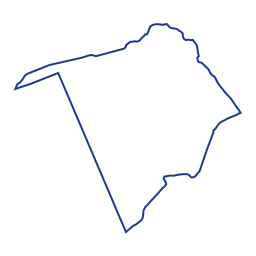 Serra Preta, Bahia, Brazil (Natural Earth projection)
{"feature_id": "56859067B53303266645960", "entity_name": "Serra Preta", "entity_type": "district", "adm_level": 2, "iso_a3": "BRA", "parent_name": "Brazil", "parent_adm1": "Bahia", "projection": "natural_earth1", "projection_center": [-39.348, -12.116], "detail": "fine", "context": "isolated", "style": "outline", "palette": "blue", "viewbox_px": 256, "rotation_deg": 0, "n_neighbors": 0, "source": "geoboundaries", "source_scale": "gbopen_adm2", "svg_char_len": 1761}
<svg xmlns="http://www.w3.org/2000/svg" viewBox="0 0 256 256"><path d="M240.6,112.8L238.7,109.6L237.4,108.2L235.2,105.0L232.7,101.3L231.6,99.7L230.3,97.9L229.0,96.5L227.1,94.7L225.5,92.9L223.9,90.9L222.2,88.6L220.3,86.4L218.5,83.9L217.1,81.6L215.7,78.7L214.4,76.6L212.7,75.7L210.9,73.9L209.5,71.4L208.3,69.1L206.4,67.3L203.8,64.8L201.8,62.8L198.7,62.1L197.6,59.9L197.4,57.7L198.8,56.0L198.2,53.5L197.8,51.3L197.5,48.5L196.6,45.1L195.0,42.7L192.6,39.8L190.9,40.2L188.4,39.6L186.2,40.1L183.9,38.9L182.8,36.5L182.7,33.4L180.7,31.5L178.7,30.6L177.2,29.1L174.8,28.6L172.4,28.3L169.9,27.4L168.4,25.8L166.7,24.0L163.8,24.6L161.9,24.8L159.5,24.3L156.0,24.2L152.7,24.9L150.2,26.6L149.0,29.6L148.1,32.2L147.0,34.3L145.0,34.5L143.8,36.2L141.5,38.1L139.5,40.7L137.2,41.6L134.4,41.3L132.1,41.8L130.3,41.9L128.7,43.1L126.2,45.0L125.6,47.2L124.1,48.6L95.9,56.2L94.1,55.7L91.9,55.0L89.9,55.2L82.1,57.6L49.5,65.0L30.2,72.7L27.6,73.7L24.9,75.6L23.1,78.6L21.4,80.8L20.0,82.5L18.2,83.5L17.0,84.9L16.2,87.0L15.4,88.9L30.2,84.0L58.2,73.0L61.4,80.5L76.6,116.2L92.9,154.4L94.0,156.9L95.2,160.0L100.8,173.0L115.3,207.1L116.4,209.8L126.0,232.0L133.4,225.6L135.6,224.7L137.3,223.4L139.0,222.1L140.7,220.7L142.5,218.3L143.1,215.6L143.3,213.1L143.5,210.4L145.3,207.1L155.2,196.4L159.0,192.2L162.6,188.0L164.7,186.5L166.2,184.0L165.3,181.3L163.6,178.9L164.4,176.6L166.8,176.2L168.9,175.7L171.8,175.7L173.9,175.7L176.2,175.2L178.9,174.6L181.2,174.4L183.9,174.1L186.4,174.1L188.5,174.6L190.0,175.9L191.1,177.4L192.9,177.4L195.0,176.5L199.6,171.1L207.3,148.5L208.2,146.2L212.0,136.1L213.3,132.6L213.6,130.2L215.1,129.2L216.8,126.7L219.3,123.3L222.2,121.3L224.6,120.3L226.2,119.3L228.3,118.3L234.9,115.5L236.6,114.9L238.6,113.5L240.6,112.8Z" fill="none" stroke="#1e3a8a" stroke-width="2"/></svg>